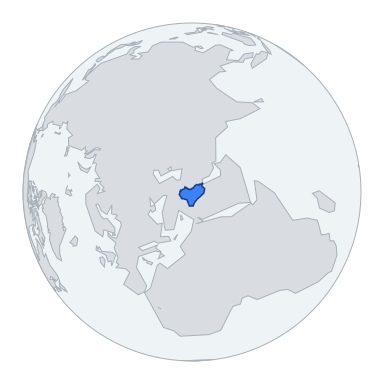 Iraq highlighted on a globe, orthographic projection, rotated 277°
{"feature_id": "IRQ", "entity_name": "Iraq", "entity_type": "country or territory", "adm_level": 0, "iso_a3": "IRQ", "parent_name": "Asia", "parent_adm1": "", "projection": "orthographic", "projection_center": [44.579, 33.218], "detail": "fine", "context": "on_globe", "style": "filled", "palette": "blue", "viewbox_px": 384, "rotation_deg": 277, "n_neighbors": 0, "source": "natural_earth", "source_scale": "50m", "svg_char_len": 12733}
<svg xmlns="http://www.w3.org/2000/svg" viewBox="0 0 384 384"><g transform="rotate(277 192 192)"><circle cx="192" cy="192" r="169" fill="#eef3f6" stroke="#a8b0b8"/><path d="M187.4,23.1L189.9,23.1L208.7,24.4L216.3,25.1L213.3,25.1L228.9,27.2L240.2,30.1L226.4,26.8L224.1,26.5L231.3,28.2L230.5,28.4L233.5,29.5L231.9,29.7L224.0,28.2L222.8,28.5L227.9,29.7L229.6,31.1L222.3,29.1L224.4,31.5L211.5,30.5L193.1,26.8L184.8,28.1L163.0,29.7L163.8,30.4L156.1,32.1L154.2,33.7L150.7,34.0L152.3,35.1L155.8,34.6L157.7,35.0L156.9,36.1L152.3,36.4L152.0,35.9L150.2,36.6L148.3,36.4L148.8,37.1L143.3,37.7L147.5,38.8L142.1,40.6L138.8,40.6L140.8,38.5L137.9,34.6L135.1,34.7L129.2,36.6L114.7,44.3L111.0,45.6L104.8,49.0L106.0,49.0L111.4,46.4L112.2,47.7L118.7,44.9L120.0,45.2L125.9,43.6L123.3,46.3L117.4,50.0L112.3,51.6L109.6,53.4L113.0,54.1L102.2,59.9L92.6,68.8L90.0,70.3L87.4,68.4L91.1,62.2L87.8,61.5L88.1,64.6L81.5,69.0L79.7,71.1L79.0,72.7L80.8,72.2L78.1,74.5L76.9,71.7L79.2,69.6L79.6,70.3L81.3,67.7L80.4,66.6L77.1,69.3L79.2,66.3L76.9,68.3L76.3,68.8L77.3,67.9L79.6,65.9L77.5,67.8L86.7,59.9L96.4,52.7L106.7,46.2L117.3,40.4L128.4,35.5L139.8,31.3L151.5,28.0L163.3,25.5L175.3,23.9L187.4,23.1ZM23.2,199.4L24.0,207.9L26.5,221.8L27.8,230.4L28.2,233.3L24.8,216.5L23.2,199.4ZM222.0,25.8L218.1,25.2L222.1,25.8L222.0,25.8ZM234.2,29.6L235.5,29.8L236.5,30.3L234.2,29.6ZM127.0,42.3L126.5,42.9L125.6,42.9L127.0,42.3ZM130.1,41.1L129.5,40.6L130.9,40.0L131.2,40.3L130.1,41.1ZM235.0,31.3L236.2,32.2L233.6,30.9L235.0,31.3ZM130.5,41.9L133.4,39.0L135.9,38.0L139.2,38.5L130.5,41.9ZM236.0,32.6L238.9,35.5L242.2,36.0L234.6,36.4L234.6,33.6L230.9,31.8L234.4,32.8L236.0,32.6ZM157.3,34.0L153.5,34.6L157.4,33.2L157.3,34.0ZM159.4,33.1L168.7,29.1L174.0,29.1L169.8,30.2L177.3,29.8L175.2,31.7L170.7,32.4L167.7,31.9L169.2,33.1L159.4,33.1ZM229.9,36.4L229.4,37.0L228.4,36.1L229.9,36.4ZM158.8,35.1L160.2,34.2L164.9,34.0L162.9,35.9L162.0,35.3L158.8,35.1ZM180.2,28.8L183.3,29.3L182.5,30.9L183.7,31.3L175.6,31.7L180.2,28.8ZM160.5,35.9L161.7,36.9L158.8,38.0L157.7,36.0L160.5,35.9ZM166.9,33.3L169.1,33.3L167.2,33.9L166.9,33.3ZM149.2,42.9L150.8,41.5L153.3,41.3L149.2,42.9ZM162.4,37.2L163.4,36.9L164.6,36.7L164.8,37.6L162.4,37.2ZM175.6,33.0L174.7,33.6L178.9,32.8L178.5,34.2L173.2,34.4L175.3,34.9L175.2,35.4L171.0,35.0L175.6,33.0ZM168.5,38.1L161.7,39.2L158.1,41.7L155.7,41.9L161.9,37.9L168.5,38.1ZM170.3,36.3L168.7,37.4L166.5,37.0L166.4,35.9L170.3,36.3ZM180.1,35.2L182.1,33.0L183.2,33.1L180.1,35.2ZM167.9,38.9L169.6,38.7L167.9,39.1L167.9,38.9ZM176.8,36.4L177.4,35.5L178.6,35.6L176.8,36.4ZM172.5,39.0L170.3,39.3L170.1,38.5L172.5,39.0ZM174.8,37.9L176.4,38.2L171.3,38.0L174.9,37.4L174.8,37.9ZM177.9,36.6L178.8,36.4L177.5,37.0L177.9,36.6ZM174.5,42.0L168.2,42.0L167.8,40.2L173.9,40.4L174.5,42.0ZM52.5,226.1L47.4,197.8L51.9,191.1L54.1,180.2L86.2,157.2L91.4,162.4L114.8,166.5L117.5,168.9L113.0,177.0L129.2,192.9L136.5,186.9L152.8,196.0L164.8,197.2L172.2,181.1L152.5,178.6L150.8,170.0L167.9,164.9L185.3,167.5L185.2,164.2L175.6,156.2L181.1,150.7L172.5,152.9L174.9,156.5L169.6,158.2L167.0,155.1L169.1,153.1L164.2,151.1L155.8,161.6L157.4,166.3L143.8,166.2L145.1,174.3L140.9,177.1L137.1,164.6L138.6,160.5L130.5,145.9L127.7,150.0L135.2,164.3L132.2,162.7L128.5,169.1L129.0,162.9L121.5,146.9L110.3,146.1L93.3,158.5L87.3,157.2L83.4,151.3L92.1,135.4L104.7,140.0L107.9,135.1L107.6,125.8L111.4,128.2L112.8,125.2L117.8,126.7L127.0,121.6L132.3,122.6L138.0,114.0L141.6,113.5L137.2,118.6L137.0,122.9L150.6,125.9L153.8,124.5L156.4,118.8L159.9,120.6L160.6,114.8L169.5,114.1L159.4,110.3L162.2,104.3L168.6,100.6L167.7,98.1L157.2,104.2L154.6,107.4L155.3,111.1L146.8,119.9L141.6,120.5L143.7,109.1L136.7,108.9L141.4,100.7L167.0,88.2L176.6,86.8L188.0,96.9L184.6,100.3L178.8,98.2L182.2,105.6L182.8,102.3L185.7,104.1L189.1,99.3L191.2,100.3L190.8,94.2L193.8,95.0L194.1,98.9L201.7,93.1L208.6,93.7L209.2,92.0L208.0,90.0L217.6,92.4L217.6,91.1L214.5,89.7L212.7,86.2L213.1,81.2L216.4,82.3L216.7,84.3L222.2,90.3L222.5,95.8L223.9,95.8L224.4,91.4L217.7,83.9L217.0,80.6L220.7,83.6L219.3,82.3L220.0,81.0L223.8,80.9L219.9,77.5L223.1,63.8L230.7,62.8L233.7,66.7L239.4,59.9L247.5,60.3L244.6,58.9L245.4,55.3L242.9,55.0L241.6,54.1L242.4,45.9L245.2,45.2L242.3,41.0L240.8,40.4L238.6,40.6L234.6,36.4L242.2,36.0L245.1,37.3L247.9,36.6L254.3,39.9L260.8,42.6L266.2,47.3L270.9,49.4L271.4,48.9L278.2,51.8L290.4,60.1L278.2,55.3L259.5,45.3L267.0,49.3L264.6,49.1L266.8,51.2L272.1,54.2L273.2,54.1L278.2,64.5L289.6,76.1L290.4,72.3L294.7,73.5L308.5,85.7L320.9,110.3L326.8,114.0L329.6,118.0L330.0,122.9L325.9,117.1L323.0,117.2L320.6,113.5L319.9,120.1L316.4,115.0L317.5,123.1L321.2,125.9L323.1,121.6L325.6,131.3L332.3,135.0L337.1,143.3L339.6,164.6L335.9,175.2L336.6,178.4L333.0,177.5L331.5,186.1L340.6,197.6L341.5,202.3L337.5,215.8L336.9,212.6L327.5,210.2L328.0,222.2L335.2,226.7L337.8,235.6L333.2,235.8L330.4,228.2L327.0,227.0L326.3,217.0L320.4,204.6L315.7,210.6L314.5,204.6L305.6,195.7L298.0,203.8L286.9,225.5L288.0,240.9L283.0,249.3L270.6,230.9L266.0,216.6L260.9,219.4L248.7,208.9L225.8,211.9L223.0,208.1L218.6,210.5L210.1,207.2L206.1,200.7L200.7,201.4L211.4,218.3L217.3,217.6L222.9,210.3L224.7,216.4L233.1,221.0L222.0,237.0L188.8,251.4L186.6,239.8L166.2,206.0L167.4,202.2L167.3,201.8L167.1,201.0L164.3,207.0L161.1,200.1L171.0,224.1L172.2,233.9L188.4,252.1L186.6,253.8L192.1,257.4L210.8,252.5L210.7,256.3L201.3,273.8L176.2,295.4L180.1,309.1L179.3,319.9L165.0,325.7L167.6,333.2L160.3,334.9L160.8,338.7L155.7,341.8L146.8,343.6L130.3,340.1L128.2,336.8L118.2,328.2L104.0,307.0L107.0,299.1L105.1,291.2L93.2,269.8L95.8,260.3L92.8,254.8L86.7,253.6L83.5,246.8L79.9,245.1L58.2,237.4L52.5,226.1ZM73.4,172.3L72.1,175.4L73.4,172.3ZM202.8,178.9L213.8,179.3L210.5,168.7L214.5,168.2L211.9,165.0L210.2,168.0L204.1,159.2L209.5,156.0L209.0,151.5L205.3,151.2L196.4,158.6L205.1,170.9L201.8,175.3L202.8,178.9ZM81.6,69.2L81.6,69.5L80.4,71.4L80.0,71.1L81.6,69.2ZM81.3,77.2L77.1,80.7L79.7,77.8L78.3,77.9L82.1,72.1L88.9,70.8L85.1,72.2L81.3,77.2ZM89.1,64.6L85.9,68.1L89.1,64.4L89.1,64.6ZM115.7,108.5L116.7,111.2L113.7,114.1L106.9,114.1L111.2,109.7L115.7,108.5ZM118.7,114.4L122.7,103.8L127.1,103.8L123.9,105.5L126.4,106.6L122.1,109.7L122.4,120.6L119.8,123.9L108.7,121.3L113.7,120.1L112.5,117.4L118.7,114.4ZM125.1,80.6L126.9,77.0L134.1,81.4L131.6,84.3L124.7,84.1L123.6,80.7L125.1,80.6ZM135.8,43.8L136.0,42.9L137.3,42.7L138.1,43.3L135.8,43.8ZM149.7,42.3L136.2,47.8L135.7,47.0L128.3,51.7L124.3,51.5L129.2,48.3L120.6,52.0L123.4,49.0L117.7,51.8L129.1,44.8L131.3,42.6L130.3,45.1L134.0,45.3L136.2,44.7L144.2,41.7L150.7,37.6L155.4,37.5L157.0,38.6L156.1,39.5L153.4,39.2L154.2,40.7L149.5,41.0L149.7,42.3ZM172.5,56.7L169.7,54.9L170.6,60.0L166.0,59.5L166.4,60.1L162.3,61.2L158.1,63.7L156.2,63.1L155.4,64.4L152.7,65.3L150.9,66.9L147.0,66.5L144.5,68.5L144.0,67.2L140.8,70.9L141.4,68.0L138.0,69.2L139.2,71.4L122.2,67.2L114.5,68.3L107.8,71.1L109.8,66.3L117.4,60.9L127.2,56.4L134.3,56.2L133.9,54.3L137.2,53.8L136.1,55.5L139.7,52.6L142.1,52.7L150.9,49.9L154.6,46.1L157.9,45.2L157.6,46.7L161.1,44.8L162.8,47.2L165.2,46.6L169.4,48.7L167.5,52.4L170.3,51.5L173.6,53.4L172.5,56.7ZM175.5,42.6L174.3,46.6L171.2,48.5L165.3,44.1L162.9,44.3L159.0,42.0L163.6,39.5L164.3,40.3L166.0,40.6L163.9,41.3L166.9,40.9L168.0,42.2L170.6,42.3L169.5,43.5L175.5,42.6ZM121.6,166.5L123.8,167.5L127.5,168.1L125.3,172.4L121.6,166.5ZM116.2,155.6L118.4,155.7L117.0,161.5L114.7,160.7L116.2,155.6ZM120.8,150.9L118.7,155.2L118.4,152.3L120.8,150.9ZM139.3,118.4L141.8,118.3L141.6,119.7L139.7,121.5L139.3,118.4ZM174.2,73.1L173.1,71.4L174.1,70.9L175.0,66.7L178.5,66.9L179.3,69.6L174.2,73.1ZM168.2,183.6L164.0,186.5L162.5,184.7L164.2,184.1L168.2,183.6ZM143.1,179.7L148.3,182.8L142.4,180.9L143.1,179.7ZM178.2,72.7L178.1,70.9L179.9,72.1L178.2,72.7ZM181.1,67.0L183.4,68.0L179.0,66.5L181.1,67.0ZM238.1,353.8L239.4,353.8L236.7,354.5L238.1,353.8ZM208.8,318.0L198.7,335.5L190.6,335.6L188.4,330.8L191.6,320.4L200.9,317.1L205.3,311.7L208.8,318.0ZM352.5,240.0L353.6,238.2L353.4,239.0L352.5,240.0ZM351.4,240.3L353.0,237.8L350.8,242.2L351.4,240.3ZM353.5,236.8L355.1,232.7L355.8,230.4L355.5,232.0L353.5,236.8ZM350.2,242.2L342.1,251.7L338.4,253.7L339.7,250.5L345.6,245.1L350.2,242.2ZM339.3,250.7L333.2,249.5L322.2,236.8L326.2,234.7L337.2,239.1L336.6,241.6L340.3,243.6L339.3,250.7ZM352.6,224.3L351.9,231.1L347.8,235.9L345.7,237.4L344.3,231.0L345.1,226.0L347.0,224.2L352.0,202.5L354.2,203.1L353.1,211.5L354.7,214.6L352.6,224.3ZM288.8,242.1L293.2,249.4L290.2,252.0L288.8,242.1ZM352.5,189.5L351.5,198.8L351.9,187.7L352.5,189.5ZM351.9,180.0L352.7,183.0L351.3,181.2L351.9,180.0ZM337.9,182.7L336.1,185.5L335.3,183.3L337.2,178.5L337.9,182.7ZM340.8,150.5L343.5,157.0L344.1,159.6L342.0,156.7L340.8,150.5ZM208.1,74.9L203.0,80.2L201.6,84.8L204.5,88.4L198.2,85.9L200.3,78.8L208.1,74.9ZM220.9,64.9L218.3,62.3L220.9,62.2L221.8,62.8L220.9,64.9ZM218.4,64.2L212.6,63.3L212.1,61.1L216.7,62.2L218.4,64.2ZM195.3,67.4L193.5,68.8L192.1,67.7L195.3,67.4ZM331.6,287.1L333.4,284.3L334.0,283.5L337.9,276.5L346.5,260.3L348.2,256.4L340.7,272.2L331.6,287.1ZM355.1,234.7L357.2,226.5L357.8,224.2L355.1,234.7ZM360.5,203.8L360.6,203.1L360.7,200.7L360.5,203.8ZM360.8,199.2L360.5,200.9L360.9,194.9L360.9,195.0L360.8,199.2ZM359.2,211.9L359.1,213.7L358.8,213.6L359.2,211.9ZM359.7,209.4L360.2,207.5L359.5,211.1L359.7,209.4ZM355.7,214.4L356.1,217.3L357.7,211.6L356.5,217.6L357.1,221.8L356.5,225.0L356.0,220.2L355.1,228.1L354.3,229.4L354.4,224.1L355.4,215.2L356.1,210.7L358.7,203.5L355.7,214.4ZM359.9,204.7L359.6,201.1L359.7,197.3L360.0,198.7L359.9,204.7ZM358.0,193.0L356.3,190.2L355.6,194.4L356.4,182.6L358.0,187.2L358.0,193.0ZM355.4,183.5L354.8,187.4L354.9,181.0L355.4,183.5ZM354.2,186.2L353.3,182.8L354.2,181.6L354.2,186.2ZM355.9,182.6L354.7,176.0L355.9,178.8L355.9,182.6ZM350.9,175.3L354.2,177.8L351.2,179.8L347.6,168.2L348.6,165.9L350.9,175.3ZM334.1,117.8L331.9,115.0L331.8,112.6L333.4,115.1L334.1,117.8ZM329.5,103.2L331.1,111.1L332.0,118.0L333.3,118.2L336.4,124.5L332.6,121.4L329.6,112.6L329.5,108.4L326.3,103.6L324.3,98.4L319.8,93.6L317.9,90.4L321.9,93.6L329.5,103.2ZM317.9,91.7L309.3,82.8L310.6,80.8L312.8,82.3L316.2,87.1L315.3,87.8L317.9,91.7ZM307.7,80.1L306.7,80.9L292.2,71.8L289.5,69.5L301.2,74.7L300.9,75.8L304.3,78.6L307.7,80.1ZM231.3,37.4L229.6,37.0L230.9,36.8L231.3,37.4ZM240.1,54.1L238.6,52.9L240.2,52.5L240.1,54.1ZM235.1,49.3L234.4,50.6L233.8,48.8L235.1,49.3ZM233.0,53.7L233.4,50.9L234.9,54.3L233.0,53.7Z" fill="#d9dde1" stroke="#a8b0b8" stroke-width="1"/><path d="M186.8,180.5L187.0,180.4L187.4,180.1L187.7,179.8L187.8,179.7L188.0,179.8L188.5,179.7L188.7,179.8L188.9,179.9L189.0,179.9L189.5,180.1L189.9,180.2L190.3,180.2L190.5,180.1L190.7,179.9L190.8,179.9L190.9,180.0L191.0,180.0L191.1,180.3L191.1,180.7L191.1,180.8L191.3,180.9L191.6,180.7L191.8,180.5L192.0,180.4L192.4,180.4L192.4,180.5L192.5,180.7L192.7,181.4L192.8,181.5L193.0,181.6L193.1,181.9L193.1,182.0L193.1,182.4L193.2,182.5L193.3,182.6L193.5,182.6L193.8,183.6L194.0,183.8L194.3,183.9L194.5,184.0L194.7,184.3L194.9,184.3L195.3,184.3L195.8,184.3L196.1,184.4L196.0,184.5L195.8,184.6L195.5,184.7L195.4,184.9L195.3,185.2L195.4,185.3L195.4,185.5L195.7,185.8L195.7,186.0L195.8,186.1L195.7,186.3L195.5,186.5L195.2,186.6L194.7,187.3L194.6,187.5L194.6,187.9L194.6,188.0L194.4,188.0L194.2,188.0L194.1,188.3L194.1,188.5L194.3,188.8L194.4,189.0L194.1,189.6L194.0,189.8L194.7,190.6L194.8,190.8L195.1,190.8L195.2,191.0L195.4,191.2L195.5,191.4L195.9,191.9L195.9,192.1L195.7,192.4L195.7,192.5L195.8,192.7L196.3,192.8L196.5,192.8L196.9,193.1L197.5,193.5L197.9,193.8L198.3,194.1L198.7,194.1L198.8,194.2L199.1,194.5L199.3,195.0L199.5,195.2L199.8,195.7L200.1,196.1L200.0,196.6L199.8,197.2L199.8,198.0L199.8,198.4L200.2,198.4L200.7,198.4L200.7,198.9L200.7,199.4L200.7,200.0L200.9,200.0L201.1,200.1L201.2,200.3L201.3,200.4L201.5,200.5L201.7,200.8L201.7,201.0L201.8,201.2L202.0,201.3L201.9,201.5L201.6,201.4L201.1,201.2L200.9,201.2L200.7,201.3L200.1,201.1L199.9,201.1L199.5,201.1L199.0,201.2L198.7,201.3L198.5,201.5L198.4,201.6L198.3,201.9L198.1,202.4L198.0,202.8L197.6,203.3L197.4,203.6L197.0,204.1L196.6,204.2L195.5,204.1L194.4,204.0L193.2,203.9L192.4,203.9L191.4,203.1L190.8,202.6L189.9,201.9L189.1,201.2L188.2,200.5L187.6,200.0L186.9,199.3L186.2,198.7L185.7,198.2L185.0,197.8L184.5,197.5L183.7,197.0L183.1,196.6L182.5,196.2L181.7,195.7L180.6,195.4L179.8,195.2L179.0,195.0L178.5,194.9L178.8,194.5L178.7,194.2L178.5,194.3L178.2,194.3L178.1,193.8L178.3,193.8L178.1,193.1L178.0,192.5L177.9,191.8L177.7,191.1L178.4,190.8L179.0,190.5L179.7,190.1L180.4,189.7L181.1,189.3L181.9,188.9L182.5,188.5L183.1,188.4L183.3,188.3L183.6,187.7L183.8,187.3L183.8,187.2L183.8,186.5L183.9,185.8L184.0,185.4L184.1,185.0L184.3,184.7L184.3,184.2L184.2,183.9L184.1,183.5L184.1,183.1L184.1,182.9L184.2,182.5L184.4,182.3L184.5,182.2L185.1,182.0L185.4,182.0L185.8,181.5L186.1,181.3L186.5,180.9L186.8,180.6L186.8,180.5Z" fill="#3b82f6" stroke="#1e3a8a" stroke-width="1.5"/></g></svg>